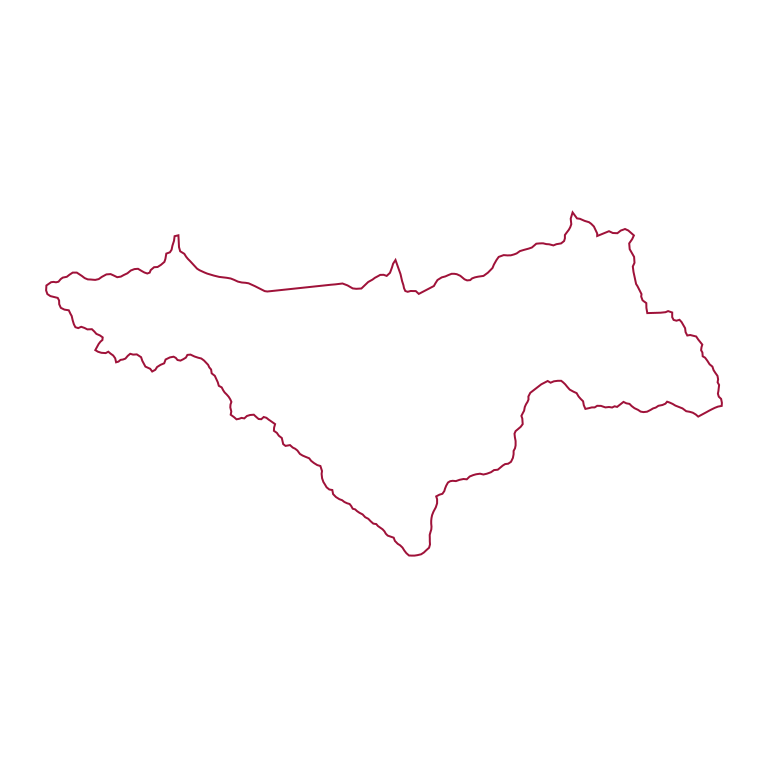 the district of Aliança do Tocantins, Tocantins, Brazil
{"feature_id": "56859067B72455784373127", "entity_name": "Aliança do Tocantins", "entity_type": "district", "adm_level": 2, "iso_a3": "BRA", "parent_name": "Brazil", "parent_adm1": "Tocantins", "projection": "albers", "projection_center": [-48.928, -11.359], "detail": "fine", "context": "isolated", "style": "outline", "palette": "rose", "viewbox_px": 768, "rotation_deg": 0, "n_neighbors": 0, "source": "geoboundaries", "source_scale": "gbopen_adm2", "svg_char_len": 6085}
<svg xmlns="http://www.w3.org/2000/svg" viewBox="0 0 768 768"><path d="M721.7,405.9L721.9,402.8L721.1,398.9L718.8,396.7L717.9,393.7L718.4,391.0L719.1,385.0L717.6,382.3L718.1,379.3L717.5,375.9L715.5,373.1L713.6,370.2L712.4,366.6L709.6,364.3L707.3,360.7L705.1,357.7L702.7,356.3L702.4,352.5L701.1,350.2L701.5,347.2L702.3,344.6L698.2,339.5L696.2,336.5L690.2,335.0L687.3,335.5L685.6,332.2L685.1,328.2L681.6,322.1L679.5,319.8L676.4,320.7L673.6,319.9L672.2,317.2L672.2,312.5L668.1,311.1L665.5,312.2L660.6,312.7L647.3,313.1L646.4,307.9L646.3,303.1L642.6,300.4L641.2,296.6L641.5,294.1L637.5,286.2L636.1,284.0L633.5,271.9L632.8,266.5L634.5,262.8L634.1,256.9L629.7,249.2L629.2,243.4L632.2,239.1L633.9,235.4L628.3,230.5L625.0,229.0L620.7,230.6L617.4,233.2L612.8,233.0L609.0,231.2L597.2,236.0L597.2,233.5L593.9,226.5L591.2,223.8L589.0,222.2L584.7,220.9L579.9,218.8L577.0,218.4L572.6,212.4L570.7,218.7L571.3,224.2L570.2,227.3L568.8,229.8L566.9,232.3L564.9,235.0L564.9,238.3L564.1,241.0L561.1,243.4L556.4,244.2L553.4,245.4L549.2,244.3L546.3,244.1L543.0,243.3L539.7,243.4L536.3,243.7L534.0,245.7L531.9,247.5L528.7,248.6L523.9,249.9L519.9,251.1L516.7,253.4L514.1,254.4L510.9,255.3L507.4,255.4L503.7,255.1L498.7,256.9L496.5,260.0L493.9,264.6L492.5,268.0L487.9,272.7L483.5,275.9L478.0,276.7L474.8,277.4L472.1,278.4L470.2,280.1L467.1,280.4L464.5,279.3L460.3,275.8L456.8,274.2L454.3,273.8L451.6,273.8L448.3,275.1L445.4,276.4L441.7,277.4L437.5,280.0L435.4,283.3L433.9,286.0L428.0,289.1L418.8,293.9L415.8,291.1L410.6,291.0L407.7,291.8L405.3,291.0L404.0,288.1L403.4,285.1L402.1,281.1L400.5,274.1L398.0,267.1L395.5,260.0L393.1,263.7L392.0,267.4L390.0,272.8L386.7,275.9L383.6,274.8L380.2,274.9L377.9,276.2L374.9,277.8L372.5,279.6L368.2,282.0L361.4,288.5L356.2,288.8L352.7,288.4L347.5,285.4L342.5,283.5L335.0,284.4L331.3,284.7L267.3,291.5L264.7,291.1L254.8,286.1L248.6,283.3L245.6,282.8L241.8,282.5L237.9,281.6L234.0,279.8L230.7,278.5L226.8,277.8L219.2,276.9L213.9,275.6L207.2,273.6L204.5,272.5L199.5,270.2L197.1,268.7L190.0,261.0L187.9,258.9L186.1,256.7L184.3,253.8L180.2,251.3L179.0,247.1L178.8,242.9L178.6,239.0L178.4,235.3L174.6,236.2L174.0,240.8L172.4,245.8L171.6,249.7L169.9,252.3L166.3,253.6L165.4,258.9L164.4,261.9L161.0,264.8L157.6,267.0L154.1,267.2L150.7,270.1L149.7,272.6L147.3,273.5L144.4,272.5L141.7,271.0L138.0,268.8L134.4,269.1L130.8,270.5L127.4,273.3L123.6,275.1L120.9,276.6L117.2,277.2L113.3,275.3L110.6,274.1L106.4,274.4L101.8,276.9L98.7,279.1L95.2,279.9L90.4,279.5L87.8,279.4L84.7,278.1L81.8,275.9L76.8,272.6L72.7,272.6L69.5,274.7L66.8,276.8L62.8,277.6L60.7,279.1L58.5,281.7L56.0,282.3L53.6,281.9L51.1,282.2L46.4,285.5L46.1,290.4L47.4,294.1L50.4,296.1L57.7,297.9L59.1,300.5L59.2,304.2L60.8,307.8L64.4,309.6L68.8,310.3L70.4,313.7L71.7,316.0L72.7,320.4L73.9,324.3L75.4,327.2L78.2,328.1L81.2,326.8L84.4,327.9L87.4,329.4L91.9,329.2L94.3,331.5L96.4,333.9L99.9,335.4L102.7,337.4L102.4,340.0L100.5,341.6L98.7,343.9L95.3,350.1L97.9,351.7L101.4,352.8L105.7,353.1L108.3,351.7L110.4,353.5L113.2,355.5L115.2,358.3L116.1,362.3L118.5,361.6L120.5,359.9L123.0,359.5L125.4,358.6L127.8,355.8L130.2,353.8L133.1,354.6L136.8,354.4L141.1,357.2L142.3,360.8L145.4,366.6L150.2,368.8L152.2,371.5L155.3,369.8L157.1,367.0L160.6,364.8L164.2,363.3L165.6,359.5L169.9,357.4L173.6,356.7L175.8,357.9L177.5,360.0L180.5,360.6L183.3,359.2L185.9,357.6L187.4,354.9L190.5,354.6L194.5,356.5L198.1,357.7L201.3,358.5L204.0,360.5L208.1,364.8L209.3,367.4L211.1,369.5L211.7,373.4L214.8,375.8L216.1,378.6L217.8,382.3L218.8,385.8L221.7,387.4L223.2,390.3L224.6,392.4L226.7,394.5L228.7,396.8L230.3,399.4L231.4,401.9L230.5,404.5L230.3,407.4L231.3,411.5L230.7,414.7L234.1,417.2L236.5,419.3L239.1,418.8L241.5,417.9L244.3,418.4L246.9,416.0L250.1,415.0L253.8,414.7L256.4,417.1L258.6,419.0L261.3,419.2L263.7,417.0L266.4,417.8L268.5,419.5L275.1,424.1L274.1,427.6L273.9,430.8L276.9,432.9L278.8,435.7L281.8,438.0L283.2,444.1L285.5,445.9L290.0,445.1L292.8,447.6L295.1,448.7L297.4,450.5L299.9,453.9L302.5,455.5L305.5,456.8L309.2,458.3L311.1,460.8L313.9,463.0L317.3,465.1L320.4,466.0L322.0,471.0L321.6,473.9L322.1,478.3L323.4,482.0L324.9,484.4L326.6,487.3L329.3,489.5L332.3,490.0L333.1,494.1L335.9,497.0L339.4,499.2L342.1,500.2L344.4,502.0L347.2,503.3L349.6,504.0L351.2,506.0L352.7,508.7L355.2,509.4L357.0,511.1L359.5,512.8L362.6,514.4L365.2,517.2L368.3,518.8L370.7,521.3L373.3,523.6L376.3,524.1L377.9,526.0L380.3,527.7L382.6,529.3L384.5,531.4L385.8,533.7L387.7,535.6L393.7,537.7L394.9,540.9L397.7,543.8L400.1,545.3L402.5,547.6L404.3,550.5L406.3,553.1L409.0,555.5L411.8,555.6L414.5,555.6L417.2,555.2L421.1,554.3L423.9,552.5L426.3,550.2L429.1,547.7L430.0,544.4L429.8,541.4L429.8,538.5L429.7,534.9L430.5,532.0L431.3,529.4L431.5,526.6L431.2,523.6L431.2,520.8L431.5,518.0L432.1,515.1L433.5,511.6L435.8,507.3L437.1,503.3L437.1,499.2L436.2,496.4L439.4,494.7L442.4,493.8L444.3,491.1L445.0,488.7L446.2,485.7L448.0,482.5L450.2,481.2L452.7,480.8L455.9,481.1L459.6,479.8L463.5,479.0L466.8,479.3L469.7,476.5L473.2,475.1L476.0,474.3L480.0,473.7L483.4,474.5L486.9,473.7L491.0,472.2L494.0,470.1L497.8,469.7L502.7,465.6L505.1,464.1L508.2,463.7L511.0,461.8L512.9,457.9L513.6,454.2L513.6,450.9L515.0,448.3L515.6,445.4L515.6,441.0L514.9,437.3L514.5,433.7L515.6,431.1L517.9,429.2L520.7,426.8L522.7,424.1L522.3,418.5L521.4,415.9L522.7,413.3L524.1,410.7L524.8,407.0L526.0,404.3L527.5,401.9L528.5,399.5L528.4,396.5L530.3,392.8L541.3,384.3L547.7,381.0L550.6,382.7L553.9,381.3L557.8,380.8L561.2,380.8L563.2,382.4L565.2,384.3L567.3,386.9L569.7,389.6L573.5,391.7L576.6,393.1L578.6,396.5L580.6,398.8L583.1,401.3L583.8,405.2L585.4,408.9L588.7,408.2L591.8,407.4L594.7,407.4L597.2,405.8L601.0,405.9L605.4,407.4L609.0,407.0L612.1,407.5L614.6,406.3L617.1,406.9L623.5,401.9L626.3,403.3L629.5,403.9L631.7,406.1L634.5,408.2L638.1,409.9L640.6,411.6L643.5,412.1L647.1,411.7L650.6,409.9L653.1,408.4L655.7,407.6L658.4,405.8L662.4,405.0L665.4,403.7L667.1,401.7L669.5,402.5L672.6,403.9L675.4,405.6L682.5,408.4L686.2,411.2L689.7,411.8L692.8,412.7L695.8,414.5L698.2,416.6L706.4,412.2L709.1,410.7L711.8,409.3L714.9,407.8L718.0,406.6L721.7,405.9Z" fill="none" stroke="#9f1239" stroke-width="2"/></svg>